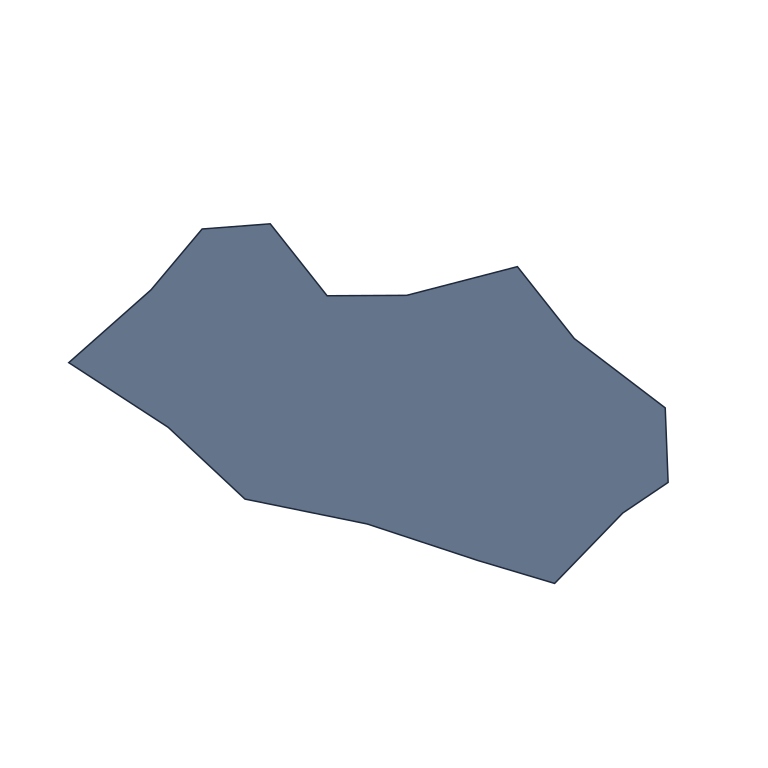 the border of Mqabba, rotated 22°
{"feature_id": "MLT-5969", "entity_name": "Mqabba", "entity_type": "state/province", "adm_level": 1, "iso_a3": "MLT", "parent_name": "Malta", "parent_adm1": "", "projection": "orthographic", "projection_center": [14.465, 35.843], "detail": "fine", "context": "isolated", "style": "filled", "palette": "slate", "viewbox_px": 768, "rotation_deg": 22, "n_neighbors": 0, "source": "natural_earth", "source_scale": "10m", "svg_char_len": 372}
<svg xmlns="http://www.w3.org/2000/svg" viewBox="0 0 768 768"><g transform="rotate(22 384 384)"><path d="M83.7,482.3L132.7,384.0L157.3,308.4L218.5,278.1L298.2,323.5L371.8,293.3L463.7,225.2L543.4,270.6L653.7,300.8L684.3,368.8L653.7,414.2L616.9,505.0L537.2,512.5L420.8,520.1L298.2,542.8L200.1,505.0L83.7,482.3Z" fill="#64748b" stroke="#1e293b" stroke-width="1.5"/></g></svg>